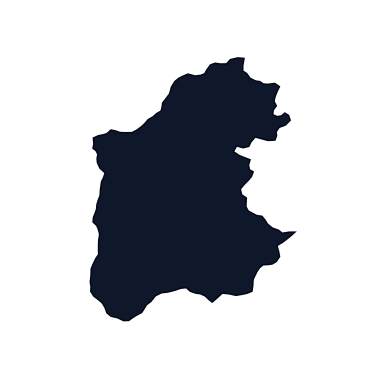 the district of Bom Jesus da Penha, Minas Gerais, Brazil, rotated 107°
{"feature_id": "56859067B40299678999449", "entity_name": "Bom Jesus da Penha", "entity_type": "district", "adm_level": 2, "iso_a3": "BRA", "parent_name": "Brazil", "parent_adm1": "Minas Gerais", "projection": "mercator", "projection_center": [-46.535, -21.01], "detail": "fine", "context": "isolated", "style": "filled", "palette": "ink", "viewbox_px": 384, "rotation_deg": 107, "n_neighbors": 0, "source": "geoboundaries", "source_scale": "gbopen_adm2", "svg_char_len": 2244}
<svg xmlns="http://www.w3.org/2000/svg" viewBox="0 0 384 384"><g transform="rotate(107 192 192)"><path d="M200.3,81.9L202.0,87.3L205.1,93.7L203.3,98.1L203.0,104.5L200.6,110.5L197.6,113.9L194.8,118.0L195.6,123.1L194.7,128.1L193.7,132.8L190.4,136.1L186.4,137.2L181.8,138.3L180.2,143.7L175.0,146.7L169.4,144.3L164.9,141.9L159.8,139.7L154.8,139.4L153.9,143.7L149.6,145.9L144.2,145.9L143.8,152.1L143.3,157.7L141.3,164.2L134.9,162.9L134.7,155.9L131.7,151.0L127.0,150.3L120.9,147.7L120.7,141.2L120.5,134.5L118.1,127.9L113.4,127.6L109.9,129.2L104.7,127.6L100.7,122.3L94.7,119.1L90.5,122.1L89.4,126.3L93.1,128.7L95.0,132.5L94.5,137.4L89.9,138.3L84.9,136.6L81.4,140.1L76.7,140.5L71.4,140.1L65.7,139.2L64.0,144.6L66.9,151.0L67.9,155.4L66.6,159.5L67.3,163.7L66.2,169.9L62.7,174.4L61.5,178.8L56.3,180.4L49.0,181.3L50.4,187.5L54.2,194.0L59.4,196.4L61.3,202.2L62.1,207.5L65.2,211.6L71.0,213.5L75.2,214.4L77.9,217.8L80.2,222.9L80.4,230.3L84.5,235.2L87.4,238.1L91.4,240.7L97.5,242.3L104.7,242.1L111.2,244.5L115.5,246.1L119.4,245.4L123.6,245.2L127.2,248.6L131.5,251.2L135.5,255.0L140.5,257.2L144.2,259.3L148.8,262.7L152.7,266.6L154.8,273.0L156.2,278.4L156.0,283.0L156.4,287.6L161.1,290.4L163.3,293.7L165.6,298.0L169.2,302.1L175.0,299.8L179.1,299.5L180.6,295.7L183.5,293.0L187.6,292.6L191.6,291.0L196.1,287.0L199.1,280.6L204.5,280.8L208.6,281.5L216.7,280.2L222.4,278.8L226.5,279.2L231.8,279.2L236.5,278.2L240.7,278.4L245.0,278.8L249.6,277.8L251.9,273.2L255.2,270.5L259.5,267.9L265.4,267.1L269.9,265.9L275.1,264.3L279.1,263.0L283.3,264.4L289.8,265.4L295.1,265.9L301.5,264.1L307.6,263.0L312.2,260.8L316.7,259.7L320.3,255.4L322.2,250.2L324.3,245.4L327.9,241.4L332.4,238.1L334.5,233.1L334.0,226.5L335.0,219.8L333.3,214.9L330.0,212.5L326.3,209.3L321.9,204.9L318.0,203.8L313.2,202.6L308.6,199.3L302.0,196.7L297.4,191.9L294.7,185.9L291.2,180.0L287.4,174.8L285.1,169.5L287.4,164.6L287.6,158.8L286.8,154.1L287.6,148.8L289.9,144.3L291.4,140.5L285.7,136.9L279.9,133.6L278.5,126.8L278.0,119.8L275.6,115.0L272.9,110.0L269.3,105.6L263.1,106.7L257.9,108.0L253.6,107.4L249.2,106.7L244.4,105.2L240.8,102.7L239.1,98.0L237.4,94.3L233.8,91.1L228.2,89.4L223.2,92.0L218.4,95.1L213.2,90.4L208.8,87.3L204.7,84.5L200.3,81.9Z" fill="#0f172a" stroke="#020617" stroke-width="1.5"/></g></svg>